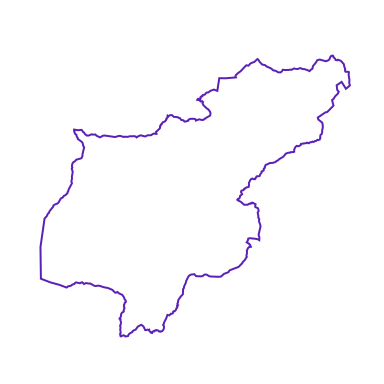 Sekyere Central, Ashanti, Ghana (orthographic projection), rotated 187°
{"feature_id": "2480657B47319682331963", "entity_name": "Sekyere Central", "entity_type": "district", "adm_level": 2, "iso_a3": "GHA", "parent_name": "Ghana", "parent_adm1": "Ashanti", "projection": "orthographic", "projection_center": [-1.176, 7.217], "detail": "fine", "context": "isolated", "style": "outline", "palette": "violet", "viewbox_px": 384, "rotation_deg": 187, "n_neighbors": 0, "source": "geoboundaries", "source_scale": "gbopen_adm2", "svg_char_len": 5950}
<svg xmlns="http://www.w3.org/2000/svg" viewBox="0 0 384 384"><g transform="rotate(187 192 192)"><path d="M178.8,308.3L179.2,295.5L182.9,296.3L186.1,294.6L188.0,292.8L189.8,292.4L191.1,290.3L193.3,289.4L193.6,288.9L193.4,288.2L194.8,287.7L195.3,286.8L194.8,285.9L195.1,284.8L196.5,284.5L196.7,285.1L197.4,285.2L198.0,284.1L195.8,283.9L194.4,282.9L193.0,283.4L192.0,282.6L192.4,281.4L191.3,279.6L187.9,277.0L185.8,275.9L183.8,273.8L183.2,272.3L183.3,270.4L183.6,269.8L186.6,267.7L187.6,266.5L188.2,266.5L189.4,265.0L191.1,264.7L193.7,265.0L196.9,263.4L197.3,264.6L198.8,264.9L202.2,264.5L204.2,263.5L204.4,262.3L207.4,261.0L208.0,261.0L209.3,262.1L211.5,262.2L213.1,263.9L214.4,264.0L215.2,264.5L219.3,264.4L221.1,265.8L222.7,265.7L224.6,264.5L225.5,264.9L225.6,263.9L225.1,263.4L226.3,261.7L226.1,261.4L226.5,260.9L226.6,259.9L227.8,258.5L229.4,257.7L230.6,255.7L230.5,255.4L231.2,255.0L231.1,254.1L231.8,253.3L231.5,251.7L231.9,250.9L235.0,247.3L234.3,245.4L235.1,245.2L236.1,245.5L237.9,244.9L239.5,243.4L243.1,242.8L245.3,241.4L249.8,242.0L252.0,240.9L253.7,239.4L254.7,240.2L255.8,240.4L260.6,239.7L263.0,238.8L265.7,238.7L266.3,238.3L270.0,238.9L271.6,238.7L275.0,237.2L285.6,237.4L287.3,237.0L290.0,235.0L293.6,236.2L294.9,237.3L297.0,236.9L298.7,237.0L301.3,235.5L303.4,235.2L305.5,236.7L306.7,238.1L307.5,238.4L309.1,240.2L312.9,239.4L316.6,239.6L316.6,238.6L316.1,238.0L316.0,236.9L314.8,235.2L313.8,234.8L313.0,232.7L312.1,232.0L311.9,230.8L307.0,228.0L305.8,225.6L305.6,224.5L304.5,223.2L305.3,216.3L305.1,214.4L305.6,212.6L306.3,211.8L310.9,209.9L312.0,208.1L313.3,207.3L314.3,205.1L314.3,202.7L313.7,201.7L314.2,200.5L312.8,197.4L313.1,192.5L312.7,190.4L313.0,188.8L312.8,187.1L312.2,186.1L314.6,179.9L315.1,177.3L315.6,176.5L315.5,175.5L317.4,173.3L318.9,172.4L319.6,170.8L321.4,169.6L323.3,165.1L324.3,164.1L326.7,162.8L327.8,161.8L328.1,160.4L331.1,155.5L331.4,153.9L332.4,152.9L333.3,150.1L335.1,147.8L335.7,119.0L331.4,87.5L321.4,85.0L312.4,83.7L304.8,81.9L303.4,83.3L300.9,84.1L299.6,85.4L297.5,86.5L296.9,87.6L296.1,88.1L291.9,87.8L290.7,88.8L289.9,89.0L288.0,87.5L286.2,88.7L283.1,88.5L281.7,88.8L277.9,87.1L276.1,86.9L274.0,87.6L272.1,87.6L268.4,86.8L263.4,86.4L259.2,85.2L256.3,82.9L255.4,82.7L253.8,83.7L252.0,82.4L248.8,81.5L247.0,79.6L245.8,77.4L244.7,76.3L244.2,75.0L245.2,74.0L245.2,73.1L245.8,71.7L245.4,70.4L245.6,69.6L244.8,68.5L245.5,66.3L245.1,65.3L245.3,64.8L246.7,63.8L247.4,62.5L247.5,59.4L248.5,57.4L247.4,56.9L247.6,56.2L246.7,54.5L246.6,51.7L247.1,50.5L246.4,48.7L246.5,46.8L245.6,43.5L246.1,42.4L245.7,41.0L245.2,40.4L245.4,39.4L244.2,40.9L243.5,40.8L242.3,41.5L240.2,40.5L237.9,41.3L237.5,42.8L236.7,43.9L234.1,45.8L234.0,46.6L233.2,47.4L231.1,48.6L229.3,51.9L226.2,54.0L224.4,53.1L223.2,51.9L221.8,49.4L221.0,49.2L219.3,50.0L218.2,49.6L217.7,50.0L217.4,48.9L215.4,47.3L214.5,47.2L214.5,48.2L213.6,48.9L213.0,48.8L212.9,49.4L211.6,50.2L211.1,50.0L210.7,50.6L208.8,50.4L207.5,49.5L206.8,49.8L206.4,49.5L204.6,50.3L203.7,51.7L203.3,53.2L203.4,55.3L204.5,56.5L203.9,57.5L203.9,58.8L202.2,63.4L201.4,67.0L199.5,66.8L198.1,68.6L197.6,68.5L196.3,69.2L196.1,71.0L195.3,71.6L194.7,71.5L193.7,72.8L193.3,74.7L192.6,75.3L192.8,76.3L192.5,76.7L192.9,77.4L192.2,78.1L192.7,78.4L192.9,79.4L192.6,79.9L192.4,83.2L190.1,87.4L188.6,89.4L189.0,94.7L188.3,95.8L188.4,97.0L187.1,101.1L186.9,103.1L185.1,108.1L183.2,109.8L179.7,110.7L178.0,109.2L177.1,109.0L172.7,109.4L171.1,109.9L169.8,111.4L168.3,111.8L167.2,111.7L164.6,110.5L163.4,110.4L154.9,111.1L152.8,111.7L150.2,114.7L146.1,116.8L145.4,118.4L144.7,119.1L136.7,123.3L133.4,127.5L133.3,128.3L131.5,130.6L129.7,134.3L130.2,135.2L130.0,138.5L130.4,140.4L129.7,142.9L128.7,144.3L126.9,144.8L128.0,146.7L128.5,146.8L128.9,147.5L131.6,148.7L130.7,150.5L130.5,152.6L128.8,153.2L123.1,153.3L121.0,153.1L119.4,152.4L119.6,155.3L120.7,157.5L119.8,166.2L120.4,168.1L121.9,170.9L122.0,173.5L123.1,174.6L123.2,176.3L124.3,179.5L123.6,181.1L124.0,183.0L124.7,184.0L127.2,184.7L127.6,185.4L127.4,187.6L130.4,188.7L130.7,188.3L131.2,188.6L131.7,188.4L132.4,188.0L132.4,187.5L134.1,187.2L135.3,186.1L138.7,185.7L142.3,188.2L145.9,189.5L146.1,189.8L145.6,190.7L144.3,191.3L143.9,192.4L143.7,194.3L142.8,194.9L142.0,196.0L143.4,198.0L143.1,199.3L141.3,200.1L140.8,201.1L140.2,201.2L140.1,202.0L137.8,203.5L136.6,203.8L136.2,204.4L136.6,207.9L135.6,211.0L134.6,212.3L133.7,212.7L132.8,212.2L131.2,212.4L131.2,212.9L130.7,213.0L129.8,215.4L126.9,216.0L126.3,218.1L125.2,220.0L125.4,220.9L123.7,221.9L123.4,222.6L123.7,223.6L122.6,225.0L122.9,225.7L122.1,228.0L120.6,228.6L118.4,230.2L115.2,230.8L112.6,232.1L111.9,233.1L110.5,233.9L109.7,235.0L105.5,238.3L103.6,241.5L101.2,242.7L99.6,242.9L99.1,243.5L95.8,244.1L95.5,244.4L95.7,246.7L94.9,249.2L93.6,250.6L92.1,250.3L90.9,251.0L89.7,252.1L89.6,253.1L84.3,254.5L83.8,255.0L82.0,254.6L81.1,255.6L79.2,256.1L78.7,256.7L77.3,256.5L76.4,257.4L75.1,257.8L74.0,259.0L73.0,258.9L71.6,259.7L71.2,261.5L71.5,262.1L71.4,264.3L70.4,265.3L70.1,266.5L70.3,269.6L70.0,271.6L70.4,274.4L71.2,276.7L75.5,279.4L76.2,281.2L69.4,287.2L67.4,288.0L62.1,295.0L64.2,300.3L62.9,301.6L61.6,304.4L59.2,307.4L58.6,309.5L60.3,311.0L61.4,315.6L56.9,319.5L51.8,313.2L48.3,316.9L49.3,319.7L49.4,322.4L50.8,327.4L50.9,330.1L51.6,330.3L54.3,330.1L54.9,331.0L55.0,332.9L56.3,335.4L56.8,337.3L60.2,340.3L63.3,341.1L64.0,340.4L65.6,340.6L66.2,341.7L68.2,343.2L68.2,344.0L69.1,344.6L70.9,343.6L71.7,340.7L72.5,339.5L75.0,338.1L81.4,339.0L83.7,338.1L85.1,335.0L87.3,331.7L87.5,329.0L88.9,327.9L90.1,326.3L92.4,327.1L95.8,327.7L97.0,327.5L99.5,328.2L102.6,326.8L105.9,327.0L108.1,325.4L109.2,325.5L110.6,325.0L114.3,324.4L116.8,324.4L117.6,322.6L118.6,321.5L121.1,321.3L123.7,322.5L126.1,322.6L128.4,324.2L133.3,325.7L134.9,326.8L138.0,327.1L141.1,329.8L142.2,331.3L143.3,331.9L145.9,328.8L149.6,326.8L151.3,324.3L153.5,324.4L153.9,324.0L158.3,318.0L161.2,315.2L162.9,313.0L162.9,311.9L162.4,311.1L172.3,309.0L178.8,308.3Z" fill="none" stroke="#5b21b6" stroke-width="2"/></g></svg>